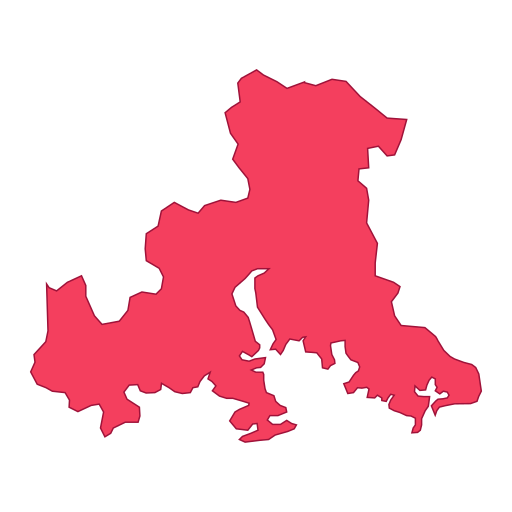 Changwon-si, South Gyeongsang, South Korea
{"feature_id": "91817680B26152541530210", "entity_name": "Changwon-si", "entity_type": "district", "adm_level": 2, "iso_a3": "KOR", "parent_name": "South Korea", "parent_adm1": "South Gyeongsang", "projection": "mercator", "projection_center": [128.624, 35.222], "detail": "fine", "context": "isolated", "style": "filled", "palette": "rose", "viewbox_px": 512, "rotation_deg": 0, "n_neighbors": 0, "source": "geoboundaries", "source_scale": "gbopen_adm2", "svg_char_len": 3865}
<svg xmlns="http://www.w3.org/2000/svg" viewBox="0 0 512 512"><path d="M304.1,82.1L287.0,88.4L276.9,81.7L263.4,75.0L256.6,69.9L241.4,78.3L237.8,83.1L240.2,101.9L231.6,107.3L225.1,112.7L230.5,133.3L238.1,144.1L232.7,159.2L239.1,167.8L247.8,178.6L249.9,189.4L247.8,198.1L235.9,202.4L220.8,200.2L204.6,205.6L198.1,213.2L188.4,209.9L174.3,202.4L161.4,211.0L158.1,226.1L146.3,233.7L145.2,248.8L146.3,260.7L159.2,268.3L163.5,276.9L161.4,288.8L156.0,294.2L141.9,292.0L130.1,297.4L127.9,310.4L119.3,321.2L102.0,324.4L94.4,315.8L85.8,296.3L85.8,285.5L81.5,275.8L67.4,282.3L56.6,290.9L49.1,287.7L46.6,284.0L48.0,330.9L45.8,341.7L34.0,354.6L35.0,362.2L30.7,371.9L37.2,384.2L46.1,387.7L52.3,391.2L65.1,392.6L69.5,400.1L69.1,407.2L77.9,411.6L91.2,405.4L99.2,404.1L103.6,412.0L100.5,428.0L104.3,435.6L104.9,436.8L110.7,433.3L113.3,428.0L125.3,422.2L138.1,422.2L139.9,416.0L139.4,407.2L127.0,399.2L123.9,392.1L129.2,385.1L137.7,384.6L140.3,390.8L146.1,393.0L154.9,392.6L160.7,389.5L161.5,383.3L169.1,387.7L174.8,391.7L182.3,393.5L190.3,392.6L192.9,387.7L197.8,386.8L200.0,381.5L204.4,375.8L210.2,372.2L208.0,378.9L212.0,381.5L215.9,385.9L212.4,390.8L219.5,396.1L226.6,398.3L232.8,398.3L243.4,401.4L249.1,403.2L248.7,405.4L239.4,409.4L235.0,412.0L229.7,420.9L236.3,428.8L247.8,430.2L252.7,424.0L257.1,423.5L258.0,430.2L250.9,433.3L242.5,436.4L239.4,439.5L245.1,442.1L259.7,440.3L268.6,439.5L275.2,435.0L287.6,431.5L294.2,428.8L296.4,424.9L291.6,423.5L286.7,420.4L280.5,424.4L272.6,424.4L267.3,420.0L269.9,415.6L277.9,415.6L286.7,412.0L285.8,407.6L280.1,405.4L275.7,401.4L273.9,395.7L266.4,392.6L265.0,388.6L263.7,380.2L263.7,374.4L262.8,372.2L255.8,372.2L251.3,370.0L256.6,367.8L260.6,367.4L264.2,363.8L265.5,357.6L254.9,359.0L249.1,361.2L242.0,359.8L239.4,355.9L242.5,351.4L249.1,355.0L251.8,356.7L258.4,350.5L259.7,347.9L259.7,344.8L255.3,341.3L252.2,330.6L249.6,321.8L248.2,317.4L243.8,312.1L239.8,310.3L235.8,305.9L231.9,293.9L235.0,287.3L245.1,278.5L248.7,274.5L251.8,270.9L257.5,268.7L269.0,268.7L264.2,273.1L258.0,275.8L254.9,278.0L254.9,288.6L255.8,293.0L257.5,307.2L265.0,319.1L268.6,324.5L272.6,329.8L276.1,339.5L273.0,343.9L270.3,349.7L275.7,349.2L280.5,354.5L283.2,350.5L285.8,344.4L289.8,339.0L299.1,340.8L302.6,337.3L305.7,336.8L303.1,340.8L305.7,351.9L311.5,352.3L316.8,352.8L321.7,359.0L322.5,367.8L327.9,369.1L330.5,365.6L334.9,363.4L334.5,359.8L331.8,354.5L330.5,345.7L330.9,343.0L340.7,340.8L345.1,340.4L345.1,346.6L346.0,353.2L348.2,356.3L350.9,359.8L357.9,362.5L359.7,366.9L358.4,370.9L355.7,372.7L353.5,375.3L349.1,382.0L343.8,383.7L347.8,393.5L353.5,392.6L357.5,387.7L361.9,388.1L366.8,387.3L369.0,389.0L367.2,397.4L374.7,397.9L377.4,395.2L381.8,397.9L381.8,400.5L386.2,401.4L388.0,397.9L390.7,394.3L394.2,395.2L390.7,400.1L388.9,404.5L389.3,408.1L394.2,410.7L399.9,412.5L406.6,415.6L411.0,416.0L415.4,418.2L415.4,424.9L413.2,428.0L411.9,432.8L417.6,432.4L420.3,430.2L421.6,424.9L421.6,418.7L425.2,410.7L428.3,406.3L429.1,400.5L429.6,396.6L423.8,396.6L418.1,396.1L414.5,391.7L415.0,385.9L419.9,390.4L425.6,389.9L426.9,385.1L429.1,380.2L431.8,377.1L435.3,378.9L435.3,384.6L437.1,387.3L435.3,390.8L439.8,393.9L443.3,391.2L447.3,392.1L449.0,395.2L447.3,397.9L442.9,398.8L438.0,399.2L435.8,401.0L431.4,405.8L435.2,415.2L436.8,410.6L439.4,407.1L445.1,405.7L454.7,403.8L462.6,403.7L470.5,403.6L477.0,401.3L478.7,396.4L481.3,391.1L478.8,374.0L475.7,367.5L471.7,364.5L463.7,362.4L454.5,359.0L450.0,356.4L443.8,350.4L437.8,340.6L437.1,339.1L435.6,336.6L424.9,327.6L401.1,325.5L394.6,315.8L391.4,301.7L397.9,293.1L400.0,286.6L393.6,282.3L375.2,275.8L375.2,262.9L377.4,243.4L366.6,222.9L368.7,200.2L366.6,188.3L357.9,180.8L359.0,168.9L368.7,167.8L367.6,148.4L378.4,146.2L387.1,155.9L394.6,154.9L401.1,139.7L406.7,119.5L387.1,118.1L375.2,108.4L360.1,96.5L346.0,81.4L332.0,79.3L315.8,85.7L303.9,82.5L304.1,82.1Z" fill="#f43f5e" stroke="#9f1239" stroke-width="1.5"/></svg>